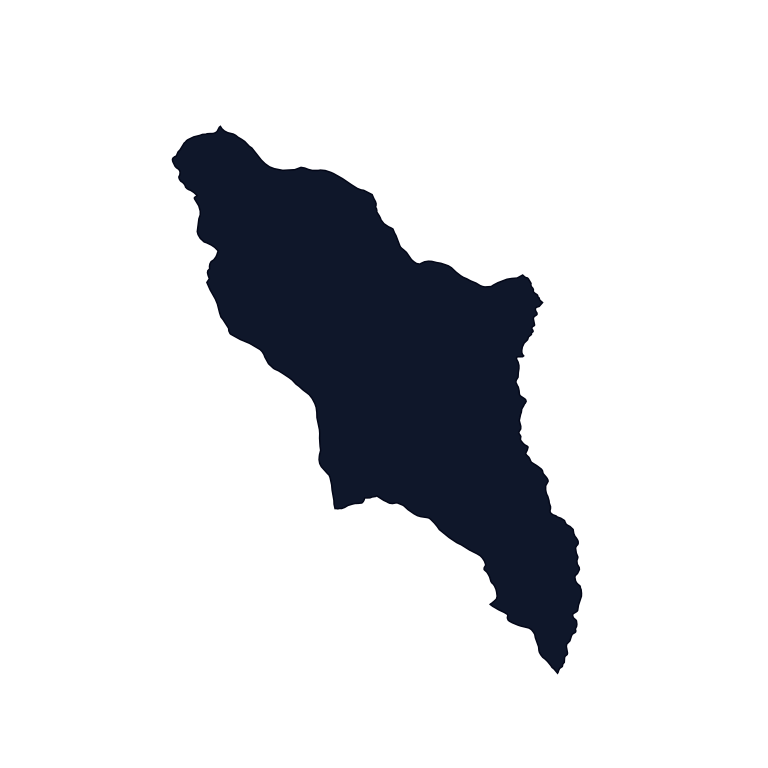 Macaravita, Santander, Colombia (Equal Earth projection), rotated 300°
{"feature_id": "7082276B90851021474579", "entity_name": "Macaravita", "entity_type": "district", "adm_level": 2, "iso_a3": "COL", "parent_name": "Colombia", "parent_adm1": "Santander", "projection": "equal_earth", "projection_center": [-72.593, 6.513], "detail": "fine", "context": "isolated", "style": "filled", "palette": "ink", "viewbox_px": 768, "rotation_deg": 300, "n_neighbors": 0, "source": "geoboundaries", "source_scale": "gbopen_adm2", "svg_char_len": 6154}
<svg xmlns="http://www.w3.org/2000/svg" viewBox="0 0 768 768"><g transform="rotate(300 384 384)"><path d="M547.7,449.6L542.3,446.3L539.3,441.9L536.2,438.1L528.7,432.0L524.4,429.3L522.0,428.1L518.5,422.9L517.7,420.6L517.3,418.1L517.4,413.3L516.6,407.4L516.5,403.1L516.0,399.4L516.1,396.2L516.9,390.5L518.4,384.3L518.5,380.6L517.9,377.3L517.0,372.9L515.5,368.9L514.1,364.1L512.6,361.1L510.1,358.0L506.9,355.7L505.8,355.2L504.6,351.9L504.8,348.9L505.3,346.2L505.8,344.8L509.2,337.6L510.0,333.8L510.3,331.7L510.8,329.9L511.6,328.6L518.5,320.2L520.0,317.7L522.7,314.2L522.7,311.9L522.4,309.2L522.8,303.7L524.6,299.4L525.9,297.9L527.2,295.9L529.4,291.7L530.6,291.1L532.0,289.9L533.1,288.1L534.4,287.9L536.2,287.0L537.7,285.4L539.5,282.5L542.1,279.0L541.6,269.6L540.6,267.0L540.0,263.1L540.3,255.9L541.1,245.5L541.0,235.1L540.7,232.2L539.5,226.4L537.5,222.0L536.1,220.3L533.1,215.1L532.0,211.2L531.4,207.4L530.1,203.8L525.0,199.6L518.4,189.5L515.6,181.3L514.8,176.2L515.3,170.9L516.6,165.8L522.3,151.5L522.5,148.5L524.4,142.1L524.7,138.1L524.7,134.2L525.2,131.2L525.1,128.5L523.5,123.0L523.3,119.3L524.0,116.0L525.3,113.5L524.0,113.0L519.2,113.2L517.4,112.4L516.0,111.3L515.0,110.0L513.7,107.8L512.3,105.7L511.2,104.8L509.4,102.0L507.2,100.2L502.9,95.7L497.5,92.0L496.0,91.3L494.4,91.1L492.8,90.5L484.9,90.3L482.0,89.6L478.1,90.1L476.8,89.7L476.2,89.1L474.2,88.3L472.9,88.4L471.5,89.4L470.8,90.2L468.1,94.2L467.5,96.1L467.3,98.8L466.5,100.5L465.3,101.6L463.1,102.6L460.7,102.8L459.4,104.0L458.5,105.5L458.0,106.7L457.9,108.8L457.3,110.9L456.4,112.6L455.3,113.7L454.7,115.9L454.7,118.1L455.0,119.5L454.9,122.0L454.8,123.7L454.0,127.1L453.6,128.0L450.9,126.7L450.4,126.7L449.7,127.2L445.7,134.5L441.9,138.4L438.6,140.3L434.5,141.1L422.6,146.1L420.4,148.3L418.2,152.2L417.1,157.2L417.6,159.7L418.0,165.0L417.7,169.1L416.4,173.8L412.2,174.7L410.1,174.9L406.4,174.5L403.6,173.1L401.0,173.2L398.7,174.0L396.6,175.4L394.0,174.8L392.1,175.5L390.0,177.5L387.9,180.1L383.4,179.8L378.6,186.4L373.3,195.4L370.0,199.7L363.4,206.1L360.5,209.3L359.3,212.4L354.6,221.5L352.4,223.1L350.7,225.5L350.5,226.7L350.7,237.3L352.0,247.3L351.9,259.5L351.1,262.3L349.5,265.3L347.8,267.3L343.8,273.9L342.3,280.5L342.3,282.2L342.7,286.0L342.6,289.7L342.1,298.2L341.6,302.4L339.9,307.9L339.5,311.6L338.4,316.7L337.4,324.6L335.6,329.0L332.5,333.9L329.8,337.0L325.7,340.1L321.3,342.8L312.1,351.0L309.0,353.1L304.9,355.3L298.1,359.8L294.9,362.3L290.6,363.5L288.9,364.2L286.0,365.6L283.0,368.1L281.1,371.0L278.1,380.1L277.7,381.9L276.0,384.1L270.5,389.1L266.2,392.1L258.2,398.8L255.0,400.8L251.6,403.9L252.3,405.1L252.8,406.4L254.1,407.9L254.9,409.5L257.4,411.6L260.8,413.5L264.3,416.8L266.0,418.6L267.7,421.3L269.9,424.3L271.8,424.8L273.9,424.7L275.3,424.3L275.8,424.5L278.4,428.8L280.2,430.2L282.5,433.1L283.5,433.5L283.1,441.9L283.4,445.0L283.4,446.7L283.6,448.5L284.7,451.1L287.0,453.8L287.7,455.0L288.5,461.0L288.4,462.3L287.2,467.6L286.6,474.9L286.7,478.8L287.5,482.1L290.0,488.4L290.4,490.0L290.2,492.0L288.8,497.1L287.2,501.4L285.6,504.7L283.6,517.2L283.0,526.3L283.2,529.4L283.4,531.0L283.0,541.2L283.5,549.4L283.4,553.3L282.6,556.0L281.4,558.5L280.7,559.7L278.8,561.9L277.9,562.7L275.2,562.6L273.7,563.2L273.2,563.9L272.6,566.9L272.0,568.2L270.7,570.5L269.6,572.1L266.5,575.3L265.7,576.8L265.3,578.7L264.4,580.6L262.3,583.5L260.2,585.5L256.8,588.1L254.4,588.8L253.6,588.8L250.7,587.9L247.0,586.5L246.8,586.2L246.2,586.1L245.8,589.4L245.8,596.6L246.3,602.3L246.2,605.8L246.0,606.3L245.5,606.9L243.2,607.7L242.7,608.2L241.6,609.6L241.3,611.2L241.4,614.6L242.2,620.7L242.8,623.5L245.1,631.3L245.1,633.4L244.9,634.8L243.8,637.5L242.6,639.7L239.9,642.0L233.8,649.2L230.6,651.5L229.3,652.8L227.9,655.2L226.7,658.1L226.3,661.2L225.5,664.3L223.6,669.3L222.6,671.2L222.2,673.8L220.3,678.9L221.5,678.9L223.2,678.5L225.5,678.3L228.5,679.7L230.9,678.9L233.1,679.3L237.1,677.3L238.2,677.0L239.1,677.1L241.3,677.9L242.7,677.5L247.8,673.2L250.0,672.3L254.5,673.4L259.6,672.3L261.5,672.2L264.3,673.7L265.0,673.9L266.1,673.6L267.0,672.6L268.2,672.1L270.3,672.0L272.3,671.2L275.1,669.1L275.6,668.1L276.1,665.4L276.4,664.7L277.7,663.2L278.7,662.8L279.5,662.6L282.5,664.3L284.0,664.9L284.8,664.9L289.7,663.0L298.9,661.1L301.5,659.7L304.5,657.5L305.7,655.9L306.3,655.6L307.1,654.7L307.6,651.8L308.2,650.0L309.3,648.3L312.2,645.8L313.7,645.5L316.7,646.3L321.0,646.0L322.7,644.8L324.4,641.8L325.2,641.0L327.4,639.4L330.5,638.7L331.3,638.2L333.7,635.1L337.6,632.0L338.6,631.7L340.3,631.7L341.8,632.1L343.0,631.9L344.4,631.1L345.3,630.2L346.2,628.7L347.1,626.9L347.5,625.6L349.4,623.1L352.6,620.5L353.6,616.4L353.5,613.4L353.7,611.8L355.0,609.8L356.0,608.6L356.2,604.3L355.5,600.5L355.8,598.9L355.2,595.6L355.6,593.1L356.0,592.1L357.5,591.0L359.1,590.6L361.0,589.6L363.6,586.6L365.5,585.2L368.6,582.0L369.8,580.1L371.2,578.6L373.2,576.9L376.7,574.9L381.7,574.8L382.7,574.1L383.8,572.5L384.5,570.9L386.0,566.6L388.3,564.4L389.0,562.7L389.6,557.9L389.9,550.8L390.5,549.7L392.2,547.4L393.0,546.0L393.7,543.1L394.4,541.7L395.1,541.3L398.4,541.1L401.4,540.3L401.8,539.0L401.7,536.8L402.0,534.6L403.4,530.9L404.3,529.8L407.0,528.7L407.7,527.6L408.4,526.1L409.1,525.1L410.4,524.8L413.4,524.9L415.8,523.6L420.0,519.4L425.9,517.5L428.1,517.1L431.3,515.8L435.5,515.8L436.7,515.6L438.0,515.9L440.0,515.8L441.1,514.7L441.5,513.6L441.9,508.0L442.7,506.5L445.8,504.3L448.5,501.8L449.1,500.6L451.5,497.2L453.6,496.6L456.9,496.7L461.3,494.5L464.9,493.1L467.5,491.6L470.0,489.2L471.5,486.8L472.6,485.8L473.7,485.7L474.4,486.1L476.9,490.4L478.2,490.9L478.9,489.0L480.2,487.6L482.0,486.5L485.2,485.3L489.4,484.9L494.1,486.2L497.0,485.6L500.6,486.9L502.1,486.2L503.9,486.9L505.0,486.1L505.2,485.3L505.9,484.4L506.6,483.9L507.9,484.0L509.8,485.0L510.4,484.9L515.1,480.8L515.9,480.4L517.4,480.3L520.1,481.6L520.8,481.7L521.4,481.4L522.1,480.8L522.6,479.7L523.7,478.2L525.3,477.3L526.7,477.7L528.8,479.6L533.8,480.6L534.5,477.3L535.0,476.3L536.0,475.5L536.5,473.6L537.6,472.7L537.9,471.9L538.1,468.8L538.5,467.5L539.1,466.8L540.3,466.3L541.3,465.1L541.9,463.3L542.4,462.5L543.3,461.6L544.7,461.0L547.2,456.5L547.5,455.6L547.5,454.8L547.1,453.7L547.1,452.3L547.7,449.6Z" fill="#0f172a" stroke="#020617" stroke-width="1.5"/></g></svg>